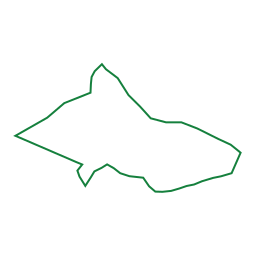 outline of Sertãozinho, Paraíba, Brazil
{"feature_id": "56859067B84212218420473", "entity_name": "Sertãozinho", "entity_type": "district", "adm_level": 2, "iso_a3": "BRA", "parent_name": "Brazil", "parent_adm1": "Paraíba", "projection": "albers", "projection_center": [-35.418, -6.737], "detail": "fine", "context": "isolated", "style": "outline", "palette": "green", "viewbox_px": 256, "rotation_deg": 0, "n_neighbors": 0, "source": "geoboundaries", "source_scale": "gbopen_adm2", "svg_char_len": 633}
<svg xmlns="http://www.w3.org/2000/svg" viewBox="0 0 256 256"><path d="M231.6,173.2L240.6,152.7L230.7,144.7L218.6,139.1L197.3,128.5L181.3,122.3L165.9,122.3L150.7,118.3L140.1,106.6L128.5,95.1L117.7,78.1L105.9,69.2L101.9,64.2L94.7,71.2L91.6,77.0L90.9,84.0L90.5,92.7L64.3,103.1L47.2,117.7L15.4,135.8L76.1,162.0L82.2,164.5L77.4,170.6L79.5,176.6L85.3,185.9L90.9,177.2L94.4,171.4L101.5,167.9L107.1,164.4L113.8,168.2L120.2,173.2L129.4,176.2L143.2,177.7L149.1,186.3L155.3,191.6L162.5,191.8L171.1,190.9L179.3,188.5L186.6,186.0L194.1,184.5L202.1,181.2L213.1,177.9L221.0,176.3L231.6,173.2Z" fill="none" stroke="#15803d" stroke-width="2"/></svg>